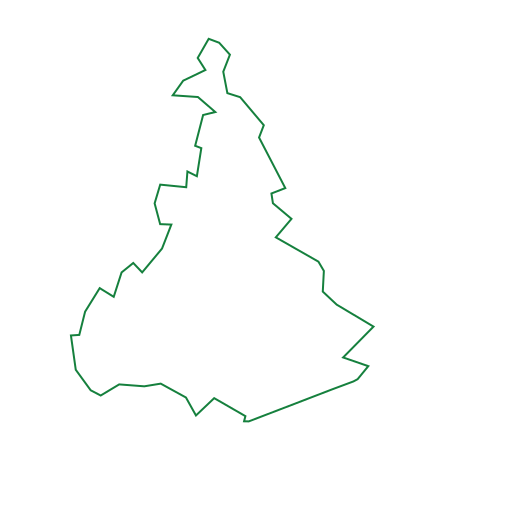 Loudon, Tennessee, United States of America (Robinson projection), rotated 111°
{"feature_id": "52423323B37878033921945", "entity_name": "Loudon", "entity_type": "district", "adm_level": 2, "iso_a3": "USA", "parent_name": "United States of America", "parent_adm1": "Tennessee", "projection": "robinson", "projection_center": [-84.348, 35.756], "detail": "fine", "context": "isolated", "style": "outline", "palette": "green", "viewbox_px": 512, "rotation_deg": 111, "n_neighbors": 0, "source": "geoboundaries", "source_scale": "gbopen_adm2", "svg_char_len": 905}
<svg xmlns="http://www.w3.org/2000/svg" viewBox="0 0 512 512"><g transform="rotate(111 256 256)"><path d="M334.6,117.0L318.6,111.7L319.5,138.3L279.8,121.0L272.5,163.2L265.3,180.9L245.6,187.3L238.9,195.7L231.5,244.2L208.6,236.2L200.7,259.1L192.1,264.0L182.1,253.0L144.3,295.6L131.1,295.6L113.4,327.7L114.2,341.1L95.7,352.6L77.4,352.5L70.1,366.8L70.2,378.0L92.0,381.4L100.5,369.9L118.4,386.8L135.8,391.3L128.4,367.2L136.2,345.6L143.3,355.9L174.9,352.3L174.9,345.7L202.7,339.8L201.7,350.3L216.8,345.8L223.7,371.0L243.2,369.5L260.6,356.9L257.0,346.3L282.7,346.4L312.1,356.4L306.5,368.1L319.5,375.6L345.1,374.2L342.0,390.4L369.2,395.6L393.0,392.7L396.5,400.3L426.8,383.5L440.6,362.2L441.9,351.0L424.9,337.7L417.7,313.6L409.3,299.2L413.2,270.7L426.4,254.9L403.7,244.1L409.3,208.5L414.6,207.9L413.0,203.5L390.6,178.6L353.2,137.1L338.2,120.1L334.6,117.0Z" fill="none" stroke="#15803d" stroke-width="2"/></g></svg>